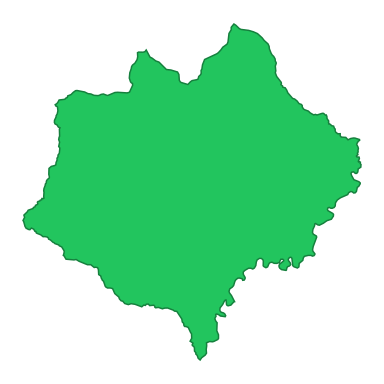 outline of Balboa, Cauca, Colombia
{"feature_id": "7082276B98120491021397", "entity_name": "Balboa", "entity_type": "district", "adm_level": 2, "iso_a3": "COL", "parent_name": "Colombia", "parent_adm1": "Cauca", "projection": "albers", "projection_center": [-77.202, 2.077], "detail": "fine", "context": "isolated", "style": "filled", "palette": "green", "viewbox_px": 384, "rotation_deg": 0, "n_neighbors": 0, "source": "geoboundaries", "source_scale": "gbopen_adm2", "svg_char_len": 5906}
<svg xmlns="http://www.w3.org/2000/svg" viewBox="0 0 384 384"><path d="M64.8,99.3L59.1,100.0L57.7,102.6L56.5,103.9L55.2,104.6L55.7,105.9L57.0,106.5L57.5,107.1L57.9,110.8L57.2,114.0L56.2,115.6L56.0,117.1L54.5,120.3L54.4,122.4L55.1,124.0L56.9,124.8L58.4,127.1L60.0,127.8L59.4,129.1L59.6,136.3L59.1,137.2L58.7,139.6L59.6,142.1L58.7,146.5L59.7,147.8L59.8,148.6L59.3,153.3L58.0,155.1L58.0,156.8L57.0,158.2L57.1,160.1L56.1,162.4L55.8,164.9L54.5,165.6L51.3,166.4L49.0,168.4L48.8,174.3L49.4,177.1L49.2,178.0L47.3,179.6L46.4,181.1L46.2,183.1L45.3,184.1L45.3,185.1L44.0,188.5L43.7,190.8L44.0,192.2L43.7,196.7L44.0,198.1L43.6,198.5L41.9,198.5L41.7,199.7L40.2,200.2L39.8,201.0L38.0,201.5L37.4,202.2L37.8,203.9L37.1,204.6L35.5,205.3L35.0,206.8L33.4,207.5L33.1,208.5L28.2,210.2L27.3,211.8L23.9,215.1L24.6,217.4L23.0,220.5L23.7,221.6L25.0,226.4L26.3,228.5L27.2,228.6L28.2,229.4L29.9,229.7L31.4,228.1L33.7,229.2L34.9,231.3L35.9,231.5L36.2,232.8L36.9,233.3L40.7,234.8L43.1,236.7L45.0,236.6L47.1,237.0L48.3,237.9L48.6,239.1L50.5,240.0L53.1,242.4L54.1,242.7L54.9,243.6L58.7,244.9L59.3,245.8L61.7,246.9L64.2,251.0L64.0,253.2L63.3,255.4L64.1,255.9L66.0,259.2L74.0,259.9L76.1,259.5L79.1,261.3L87.4,264.7L90.8,264.7L94.2,267.5L95.3,267.2L97.6,267.6L98.4,269.7L98.7,274.6L100.7,275.9L101.5,278.7L102.2,279.5L102.4,280.4L103.5,281.1L105.2,286.2L105.8,287.0L107.5,288.0L110.4,288.0L112.6,288.6L114.8,293.6L118.8,297.0L119.4,298.9L121.1,300.8L122.8,301.2L124.7,303.5L128.3,304.6L131.1,303.7L135.0,304.3L141.8,306.8L143.7,305.1L145.4,305.4L146.3,304.2L148.3,304.1L149.7,305.6L153.8,305.2L154.9,306.5L154.9,307.3L155.7,307.8L158.4,307.4L162.4,308.8L164.6,308.1L167.6,308.0L173.2,310.1L174.5,311.1L176.8,311.4L181.8,319.0L182.3,322.0L183.6,323.3L184.0,325.7L184.8,326.5L186.0,326.5L188.2,327.4L190.7,332.7L191.5,333.7L191.7,338.3L190.1,341.2L192.8,342.9L192.9,343.7L192.3,344.3L192.2,345.0L192.5,345.7L193.6,346.3L194.4,347.7L194.5,351.1L195.9,352.8L195.8,354.0L197.2,355.4L198.2,358.3L200.1,360.0L201.7,357.7L205.2,355.1L206.5,353.2L206.2,349.5L206.7,345.8L206.5,342.8L209.6,341.5L212.4,341.8L213.7,341.5L217.8,339.5L218.5,338.4L218.5,334.8L216.8,330.8L217.1,322.7L215.9,321.3L214.9,318.9L215.2,317.6L216.0,316.4L215.7,314.6L216.1,314.1L217.0,314.1L218.7,314.7L220.3,316.0L225.2,316.7L225.7,315.7L224.7,313.8L223.4,312.9L221.1,312.2L220.0,310.8L219.8,309.9L220.1,307.8L222.7,304.5L224.3,301.2L225.3,300.0L226.1,300.0L226.5,304.5L227.1,305.4L228.1,305.8L230.9,305.1L233.8,301.9L234.6,301.7L231.4,295.4L229.6,293.1L229.0,291.3L229.8,288.8L232.1,287.3L233.6,285.6L234.9,281.3L235.9,279.7L237.8,278.2L239.3,278.0L242.2,278.8L242.7,280.3L244.2,280.1L245.1,278.6L245.1,277.4L243.4,274.5L243.2,272.6L243.5,271.7L245.0,270.3L248.6,268.2L250.7,268.2L252.8,269.0L254.4,268.0L255.8,265.6L256.3,262.0L257.1,259.9L259.3,258.4L261.3,258.4L262.8,259.6L263.3,260.9L263.2,265.8L263.9,266.6L265.9,267.7L267.6,266.9L269.0,263.6L269.8,262.7L271.9,262.2L274.1,263.3L276.8,263.4L279.3,262.5L280.8,259.3L282.8,259.2L283.7,260.1L283.7,260.9L279.6,264.1L279.0,265.7L279.1,266.9L279.7,268.1L281.5,269.6L286.0,270.4L286.4,270.1L286.9,267.8L287.6,266.7L289.4,266.0L290.7,264.7L290.2,262.8L288.7,260.9L288.2,259.6L288.7,258.3L290.2,257.3L291.1,257.4L291.9,258.3L292.8,265.7L294.0,266.8L297.4,268.0L298.9,266.9L299.2,263.4L302.8,260.4L303.3,258.0L304.4,256.3L308.2,255.4L311.0,255.4L312.4,256.1L313.9,255.7L314.8,254.6L314.9,253.8L312.9,251.2L312.6,249.6L313.2,246.5L316.7,237.1L316.4,236.0L313.3,234.2L312.5,232.5L312.9,229.4L314.5,226.0L314.9,223.8L315.6,223.5L317.8,224.9L319.4,225.2L323.4,223.2L326.9,220.7L331.4,219.2L333.4,216.1L333.5,214.3L332.7,213.4L327.9,210.6L327.4,209.3L328.0,207.8L329.2,207.4L330.7,208.2L332.1,208.3L334.1,207.5L335.2,206.0L335.5,202.8L337.4,199.9L340.6,197.7L347.7,194.6L348.6,192.8L350.4,191.6L352.1,191.7L353.7,193.0L355.2,192.8L356.4,191.5L357.3,187.3L358.7,186.4L360.2,183.8L360.2,182.9L358.9,181.7L353.9,179.7L351.6,175.5L351.0,173.5L351.5,172.3L353.6,171.8L355.3,173.4L356.7,173.4L357.8,172.0L358.2,168.9L360.8,167.2L361.0,164.4L360.2,163.6L360.4,162.2L359.5,161.6L358.5,161.9L358.3,161.4L359.4,158.5L359.1,157.1L356.9,156.9L356.5,156.3L356.6,155.7L357.9,154.6L357.4,153.2L358.1,152.0L358.0,150.0L358.4,148.6L358.0,147.0L356.8,144.7L356.8,143.8L358.3,141.2L359.6,140.4L359.5,139.5L355.0,138.1L353.5,138.0L350.7,138.5L348.0,139.8L345.8,137.4L341.3,137.1L340.2,135.7L340.2,133.7L337.9,133.8L335.7,132.2L335.1,130.4L335.2,129.1L334.4,128.3L333.6,126.1L331.6,125.7L330.5,124.4L328.8,123.9L329.0,123.3L328.5,122.7L328.7,121.0L327.0,118.5L326.9,116.5L326.3,115.0L325.5,115.2L323.6,113.4L322.3,113.3L317.0,115.0L315.4,114.4L313.7,114.9L310.2,112.9L308.4,111.1L304.6,109.7L303.5,109.0L302.2,106.8L302.3,105.8L301.5,104.5L299.0,103.6L297.1,101.0L294.6,99.0L292.6,98.4L287.8,92.8L286.7,90.1L285.2,87.8L282.8,87.2L282.6,86.0L280.9,84.6L281.4,83.4L281.2,82.3L276.7,76.5L275.3,72.8L275.8,70.9L275.3,66.1L276.2,63.5L276.1,62.4L275.3,61.1L275.1,58.9L273.7,56.4L272.1,54.9L271.1,53.2L269.4,48.9L269.1,46.3L268.0,43.9L264.2,40.5L262.2,37.9L257.5,33.6L253.4,31.8L248.7,30.4L240.9,29.4L239.2,28.5L235.8,25.2L233.9,24.0L231.2,27.3L231.2,29.8L229.0,33.4L228.0,42.0L227.1,44.1L222.8,47.2L220.9,49.9L218.3,52.7L216.8,53.8L204.6,59.5L202.5,64.8L201.9,69.1L201.1,70.4L201.2,73.4L200.5,74.8L198.7,76.5L198.1,79.0L196.7,79.7L192.1,80.6L190.4,81.8L187.9,84.5L181.2,82.5L180.2,81.8L179.3,80.2L178.9,74.5L177.5,72.0L170.9,70.0L166.4,69.5L159.0,62.1L155.7,60.9L152.2,58.2L150.0,57.1L146.2,50.0L144.9,51.7L143.0,52.2L138.6,52.1L137.5,52.7L137.7,56.8L137.1,59.6L134.9,63.2L132.5,65.1L131.6,66.6L131.2,68.8L129.8,72.8L129.3,78.1L130.5,81.8L131.3,82.8L132.5,83.5L132.6,85.4L129.5,92.2L127.2,92.9L117.7,92.3L114.9,92.5L107.9,95.4L107.1,95.4L103.4,94.0L101.1,94.4L99.1,95.4L97.7,95.6L93.9,95.3L91.0,94.0L87.9,93.6L84.7,92.0L77.0,90.5L75.5,90.7L73.3,92.3L71.0,94.6L67.7,95.9L67.3,97.5L65.7,98.2L64.8,99.3Z" fill="#22c55e" stroke="#15803d" stroke-width="1.5"/></svg>